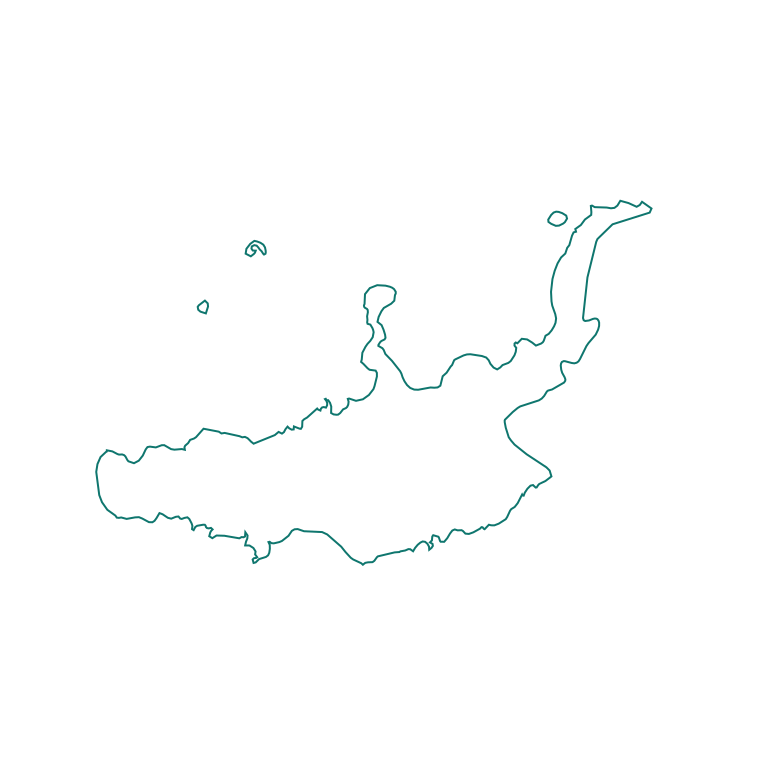 an SVG outline of West New Britain, rotated 345°
{"feature_id": "PNG-1257", "entity_name": "West New Britain", "entity_type": "Province", "adm_level": 1, "iso_a3": "PNG", "parent_name": "Papua New Guinea", "parent_adm1": "", "projection": "robinson", "projection_center": [149.97, -5.482], "detail": "fine", "context": "isolated", "style": "outline", "palette": "teal", "viewbox_px": 768, "rotation_deg": 345, "n_neighbors": 0, "source": "natural_earth", "source_scale": "10m", "svg_char_len": 6156}
<svg xmlns="http://www.w3.org/2000/svg" viewBox="0 0 768 768"><g transform="rotate(345 384 384)"><path d="M521.8,516.6L514.8,519.5L508.2,520.7L506.7,521.6L504.7,523.4L503.7,523.3L501.8,520.2L499.2,520.1L495.4,522.3L491.9,525.4L490.0,528.0L489.0,527.5L488.8,526.5L482.3,533.7L478.4,536.6L474.5,537.8L473.0,539.0L468.6,544.3L466.6,546.1L458.7,548.6L454.0,549.1L450.9,548.2L448.9,547.1L443.6,550.3L443.0,549.8L442.1,547.9L441.1,547.5L439.2,548.6L431.9,550.4L427.2,550.8L423.9,549.6L422.2,546.4L421.1,545.3L417.2,544.4L414.7,542.8L412.1,543.2L409.1,545.5L405.2,549.3L401.3,552.0L397.9,551.0L397.5,550.1L397.3,546.8L397.0,545.6L392.4,542.8L391.2,543.8L389.8,547.5L387.4,548.9L389.5,551.0L389.3,553.0L387.5,554.6L384.8,555.8L385.4,552.8L384.6,549.6L382.9,547.1L380.6,546.1L378.1,546.6L375.0,548.0L371.7,550.3L368.8,553.1L366.6,550.4L364.8,549.8L361.4,550.3L356.5,549.9L355.4,550.3L350.7,549.4L333.5,548.9L332.3,549.5L328.9,552.3L326.8,553.1L322.4,552.1L319.6,551.9L316.8,553.1L315.7,551.3L308.8,545.5L306.9,543.2L303.3,536.3L300.6,530.1L290.2,514.6L285.9,511.0L268.6,505.5L263.1,501.8L260.0,501.2L257.0,502.0L252.5,505.9L244.8,509.2L242.0,509.6L236.3,509.4L234.1,508.6L232.7,506.8L231.5,506.8L232.0,509.8L231.1,513.6L229.5,517.3L227.7,519.5L225.2,520.5L218.0,520.8L213.9,523.1L211.7,523.1L211.7,519.5L213.3,518.6L215.5,518.9L216.7,518.5L215.4,515.3L216.6,512.5L215.4,508.6L212.3,505.2L208.1,504.0L209.9,500.6L212.0,497.8L213.0,495.0L211.7,491.3L210.3,495.3L208.7,495.7L206.8,495.0L204.3,495.6L190.6,489.3L183.0,487.0L178.3,488.5L175.8,485.8L177.8,482.4L179.1,481.1L180.8,480.1L179.6,478.2L177.3,478.1L175.7,477.3L175.0,476.0L175.0,474.6L174.5,473.6L172.7,473.1L166.8,472.6L164.7,473.3L162.3,475.9L161.0,474.5L162.2,471.5L162.1,468.9L161.0,464.0L159.6,461.9L156.6,461.7L153.7,462.0L152.3,461.2L151.2,458.8L148.6,458.4L143.6,459.0L140.6,457.3L136.4,452.5L133.7,450.6L129.4,454.8L126.9,456.8L124.5,457.6L121.2,456.6L115.7,451.4L112.8,449.2L109.0,448.4L100.5,447.7L95.6,444.9L93.3,444.7L91.3,443.9L90.5,441.6L84.2,433.9L81.0,425.2L80.2,417.6L83.3,394.4L86.5,387.2L91.3,381.2L97.8,377.7L98.7,377.5L99.1,376.3L104.2,378.8L108.4,382.7L109.8,383.6L112.9,384.3L114.6,385.5L115.5,387.1L116.4,390.9L117.1,392.5L122.0,395.8L127.3,394.6L132.5,390.7L136.9,385.5L139.2,383.7L141.7,383.9L147.2,386.2L153.5,385.6L155.9,386.2L161.5,391.8L164.6,393.2L171.9,394.5L174.6,396.0L174.9,393.4L176.0,392.1L179.5,390.4L182.3,387.8L186.3,387.5L188.7,386.7L198.1,380.5L212.1,387.3L214.2,389.7L217.4,390.0L230.9,397.0L233.3,398.8L236.0,399.1L238.2,401.0L240.4,404.7L240.1,404.5L242.6,407.9L265.3,405.1L269.8,403.0L272.6,405.5L274.9,404.6L277.1,402.2L279.8,400.2L281.0,402.3L283.0,404.2L285.0,404.5L286.0,401.7L290.9,405.3L292.1,405.8L293.9,404.1L295.6,398.6L297.7,397.4L301.0,396.5L313.1,390.4L313.6,391.5L315.7,393.2L316.7,391.5L318.2,390.6L319.9,390.7L321.8,391.8L323.5,389.9L324.2,387.8L324.0,385.5L323.1,383.3L323.9,383.2L324.3,384.8L325.9,385.2L327.0,388.2L327.2,392.2L325.4,398.3L327.4,400.3L330.1,401.4L331.8,401.7L334.2,400.7L337.9,397.9L341.0,397.4L342.5,396.6L344.1,394.7L345.2,392.0L345.2,389.0L346.5,389.0L352.6,393.0L359.7,393.3L366.6,390.7L372.5,386.2L374.3,383.6L379.1,374.9L380.0,371.4L379.4,368.9L373.7,366.5L372.2,364.5L369.3,359.2L367.6,356.7L368.8,354.7L371.2,348.2L375.7,343.3L378.4,341.0L381.9,338.8L385.2,335.9L387.4,331.3L387.5,329.1L387.3,327.0L386.2,323.1L383.7,321.6L383.7,320.1L384.6,317.8L385.2,314.2L387.0,310.5L387.4,308.3L387.0,307.1L385.2,305.3L384.8,304.2L385.0,302.8L385.9,301.7L388.9,292.3L395.1,287.7L403.0,286.8L410.9,289.4L414.9,291.6L416.9,293.2L418.3,295.0L419.2,298.0L418.7,299.7L417.6,301.0L415.5,306.2L411.7,308.3L403.5,310.5L400.3,313.1L396.2,317.8L393.8,322.3L396.9,326.5L397.6,331.4L397.8,336.6L397.4,339.8L396.1,341.1L392.6,341.8L391.1,342.6L388.8,344.7L388.4,345.7L391.7,349.0L392.5,350.9L393.1,355.4L397.7,363.7L402.9,375.8L403.5,378.5L403.7,382.3L404.5,386.7L406.0,391.0L408.3,394.6L411.7,397.2L415.5,398.4L428.0,399.4L431.6,400.6L434.9,401.2L438.0,400.2L442.7,391.7L447.4,389.3L452.9,384.4L454.7,383.3L457.9,379.2L459.1,378.7L468.2,377.0L471.7,376.9L475.1,377.6L485.8,382.3L489.6,384.9L491.3,388.2L492.0,392.1L494.1,396.5L497.1,399.2L500.6,398.1L503.4,396.4L509.6,395.8L512.4,394.6L517.4,390.1L519.6,387.0L521.1,383.3L520.0,380.7L520.6,378.7L522.0,378.0L523.4,379.2L528.8,376.0L533.8,378.0L537.9,382.4L540.7,386.2L546.2,385.6L548.2,384.8L549.5,383.6L552.5,379.2L556.1,378.2L559.9,375.5L563.2,372.3L565.5,369.3L567.2,365.2L567.5,360.9L566.8,351.8L567.2,347.5L569.2,338.2L573.9,326.2L578.2,318.8L582.9,312.4L587.8,307.6L592.9,304.9L596.2,299.9L598.9,297.9L604.0,289.4L606.4,286.6L608.9,286.6L608.9,283.8L615.3,281.4L620.7,277.1L627.9,274.3L628.8,271.6L629.9,265.5L631.1,265.5L633.3,267.7L644.8,271.2L648.7,273.0L652.2,273.5L655.6,272.1L659.7,268.2L667.0,272.5L673.9,278.2L677.4,277.3L680.4,274.8L687.8,283.7L685.0,287.2L646.1,288.9L627.7,299.2L625.8,301.6L608.1,333.7L593.3,371.8L593.4,374.1L594.6,375.2L598.5,375.7L602.6,375.2L604.5,375.3L605.9,375.8L606.9,376.6L607.6,378.3L607.7,380.4L606.8,383.6L604.9,386.9L601.3,391.1L592.1,397.4L589.3,399.8L579.8,410.6L577.7,412.5L575.6,413.3L573.2,413.3L570.8,412.3L564.7,408.8L563.5,408.4L561.5,408.8L560.3,410.1L559.5,411.9L558.9,416.0L559.0,419.3L560.2,424.2L560.4,426.4L559.9,427.8L558.3,429.2L544.9,432.8L540.8,432.8L539.4,433.4L535.6,437.0L532.6,438.9L529.3,439.9L509.8,440.9L506.8,441.8L501.1,444.4L491.6,449.8L491.1,450.5L490.7,452.3L490.3,457.8L490.7,467.7L492.1,471.5L494.4,476.3L503.6,488.8L519.3,506.5L521.6,510.5L521.8,516.6ZM597.3,263.0L600.4,265.1L603.6,268.5L603.6,271.6L600.6,274.5L598.6,275.4L594.1,276.3L590.9,275.7L587.0,272.6L584.8,270.0L585.2,267.7L589.2,264.0L592.2,262.3L594.9,262.1L597.3,263.0ZM295.8,212.2L298.3,213.5L301.2,215.6L303.5,218.2L304.4,221.3L304.2,224.7L303.8,226.4L303.2,227.5L301.6,227.9L301.0,226.9L300.1,224.0L298.8,221.9L297.9,219.5L296.8,217.4L294.6,216.3L291.9,216.9L291.0,219.0L291.8,221.1L294.6,222.0L293.4,223.7L292.0,224.7L288.4,226.2L284.1,222.3L286.1,217.8L291.1,214.0L295.8,212.2ZM224.0,261.3L225.4,260.1L232.6,257.1L234.6,260.5L234.1,263.6L230.2,269.7L225.4,266.6L223.8,264.2L224.0,261.3Z" fill="none" stroke="#0f766e" stroke-width="2"/></g></svg>